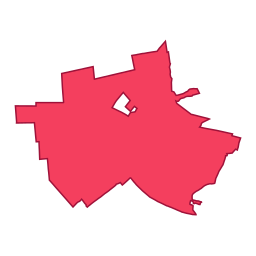 outline of Vinga, Arad, Romania
{"feature_id": "2599482B39713020379937", "entity_name": "Vinga", "entity_type": "district", "adm_level": 2, "iso_a3": "ROU", "parent_name": "Romania", "parent_adm1": "Arad", "projection": "orthographic", "projection_center": [21.198, 46.036], "detail": "fine", "context": "isolated", "style": "filled", "palette": "rose", "viewbox_px": 256, "rotation_deg": 0, "n_neighbors": 0, "source": "geoboundaries", "source_scale": "gbopen_adm2", "svg_char_len": 4997}
<svg xmlns="http://www.w3.org/2000/svg" viewBox="0 0 256 256"><path d="M84.8,203.4L85.2,203.8L86.0,204.6L86.1,204.8L86.1,205.1L86.1,205.3L86.1,205.7L86.1,205.8L86.2,206.0L86.4,206.3L87.3,207.1L88.5,206.0L90.1,204.8L91.4,203.7L92.8,202.6L94.4,201.4L96.5,199.9L98.2,198.6L99.5,197.7L100.7,196.9L102.3,195.6L102.9,195.1L103.8,194.4L104.6,193.7L106.1,192.7L107.8,191.5L109.5,190.2L109.8,189.9L110.1,189.6L110.4,189.4L110.7,189.2L111.5,188.6L112.1,188.1L113.9,186.7L115.8,185.1L116.0,184.5L116.1,184.3L116.5,184.1L117.3,183.9L118.9,183.3L120.3,182.5L121.2,183.7L122.3,185.0L122.8,184.6L124.3,183.3L127.4,180.5L129.2,178.8L130.0,178.0L130.7,177.9L130.9,178.2L131.5,178.9L132.7,180.4L133.8,181.8L135.0,183.1L136.3,184.7L137.4,185.8L138.8,187.2L140.9,189.2L142.2,190.5L143.3,191.5L144.5,192.5L146.5,194.2L148.4,195.8L149.6,196.9L149.7,197.0L151.2,197.8L155.4,200.1L157.2,201.2L157.7,201.5L160.6,202.8L162.5,203.7L164.9,204.9L166.7,205.8L167.9,206.1L170.0,207.0L171.0,207.3L172.8,208.1L175.2,209.1L177.4,210.1L180.6,211.4L182.2,212.2L182.3,212.2L182.7,212.2L184.4,212.7L186.7,213.3L188.3,213.6L191.3,214.2L192.4,214.5L195.8,214.7L196.0,214.7L196.0,214.4L195.4,213.4L194.9,212.7L193.7,211.1L193.0,210.2L192.8,209.6L192.9,208.2L193.0,207.0L193.1,206.0L193.0,205.6L192.9,205.4L192.5,205.2L191.9,205.0L191.3,204.7L190.5,204.6L190.0,204.3L189.8,204.0L189.8,203.7L190.0,203.2L190.0,202.7L190.2,202.1L190.5,201.0L190.6,200.6L190.9,200.5L191.3,200.5L191.7,200.9L192.1,201.2L192.6,201.4L193.1,201.8L193.3,202.3L193.4,202.5L193.3,203.0L193.4,203.3L193.8,203.5L194.3,203.6L194.6,203.4L194.9,203.2L195.5,203.2L196.6,203.5L197.5,203.8L198.4,204.2L198.8,204.4L199.5,204.5L200.0,204.5L200.1,204.1L200.3,203.6L200.3,203.2L200.6,202.8L200.8,202.6L201.3,202.3L201.5,202.2L201.4,201.9L200.8,201.8L200.1,201.6L199.3,201.3L198.5,201.0L197.8,200.9L196.9,201.0L196.3,200.8L195.8,200.7L195.2,200.5L194.7,200.3L194.0,200.3L193.2,200.1L192.8,199.8L192.3,199.2L192.1,198.5L192.1,197.7L192.1,196.8L192.1,195.9L192.3,195.1L192.5,194.5L193.0,193.9L193.5,193.4L194.2,192.8L194.6,192.5L195.4,191.9L196.5,191.1L197.3,190.8L198.2,190.3L199.3,189.6L200.0,189.1L201.2,188.4L202.7,187.1L204.1,186.0L204.7,185.6L207.0,184.5L208.9,184.0L210.0,183.7L211.2,183.9L212.2,183.8L213.0,183.7L214.4,183.4L214.8,183.1L215.1,181.7L215.6,179.4L215.6,179.2L215.8,178.4L215.9,178.2L216.6,176.7L217.6,174.5L217.9,173.8L218.1,173.4L218.5,172.3L219.0,171.2L220.5,168.8L222.1,166.1L222.9,164.9L223.0,164.7L223.4,163.5L224.2,161.0L224.8,159.3L225.4,157.2L225.5,156.6L225.6,156.0L225.6,155.7L226.4,155.8L226.8,155.7L227.1,155.6L227.1,155.4L227.1,155.0L227.1,154.8L227.2,154.6L227.2,154.3L227.1,153.9L226.9,153.6L228.5,153.5L231.1,153.2L232.2,153.0L232.3,153.0L232.5,152.7L233.0,152.1L235.6,149.2L237.3,150.0L237.5,149.2L238.2,147.1L238.9,143.0L240.6,138.0L231.9,135.7L232.5,133.9L229.2,133.2L223.0,131.8L216.6,130.4L205.1,128.3L199.6,127.1L200.5,125.9L201.0,125.3L201.4,123.5L201.9,123.0L202.6,122.4L204.0,121.7L209.4,119.0L209.2,118.9L207.5,118.4L201.1,116.8L192.1,114.5L191.6,114.5L190.9,114.2L190.2,113.6L177.0,103.6L176.5,102.8L176.0,101.1L176.5,101.4L178.3,101.2L178.8,100.8L179.8,99.4L180.8,98.6L182.2,98.2L183.5,97.9L184.3,97.6L185.7,96.7L187.6,96.3L189.4,96.3L190.9,96.2L192.1,96.0L192.6,95.2L199.4,93.3L198.1,90.6L197.1,88.7L196.9,88.7L196.3,88.8L194.6,88.7L193.5,88.6L192.1,88.8L190.3,89.0L190.0,89.0L188.6,90.0L187.6,91.4L186.5,91.7L183.3,93.6L177.6,95.2L176.1,95.4L174.0,92.0L171.7,91.1L171.6,89.3L171.4,82.4L171.9,78.7L170.7,77.1L170.1,74.2L170.2,73.5L170.4,72.1L170.1,69.9L169.4,67.2L169.7,66.0L170.4,63.7L169.9,62.9L168.9,55.6L168.4,52.2L168.4,51.9L168.2,51.9L167.1,52.3L165.9,44.4L165.4,41.3L162.7,44.4L160.1,47.4L159.5,48.0L157.1,51.3L151.6,52.1L151.2,52.2L148.0,52.7L145.2,53.2L144.1,53.4L142.7,53.5L140.0,54.0L138.6,54.3L137.8,54.4L136.1,54.8L133.3,55.2L131.8,55.5L131.9,55.9L132.3,57.9L132.8,60.4L133.3,63.0L133.9,65.9L134.7,69.7L94.7,79.1L94.4,79.1L93.1,66.6L61.7,73.5L62.4,87.1L62.8,92.5L63.6,102.3L63.5,102.5L63.3,102.6L63.0,102.6L61.3,102.6L36.0,102.6L36.0,105.9L36.0,106.0L15.4,105.9L16.6,121.8L16.5,123.0L22.1,122.9L27.1,122.8L27.5,122.8L29.8,122.8L34.4,122.7L34.8,126.8L35.3,132.0L35.7,136.6L36.0,139.4L36.2,141.8L36.7,141.8L38.4,141.7L38.7,141.7L39.0,141.7L39.2,146.8L39.4,151.0L39.7,159.3L44.0,158.9L47.4,158.6L47.9,163.6L48.3,168.9L48.8,173.3L49.4,180.2L49.9,180.7L53.2,184.4L55.0,186.5L56.4,188.1L60.8,193.1L61.7,194.1L65.3,198.2L73.0,207.0L77.1,202.7L77.6,202.3L77.9,202.1L78.4,201.8L78.8,201.7L79.2,201.5L79.6,201.2L80.0,201.0L80.4,200.6L81.1,199.9L81.6,199.2L82.5,200.1L83.1,201.1L83.3,201.3L84.8,203.4ZM125.4,106.7L130.4,111.3L132.4,108.8L134.4,106.4L135.7,107.4L137.0,108.4L136.4,109.4L135.2,111.7L134.6,111.9L133.1,112.2L130.5,112.5L128.2,116.2L126.4,115.0L124.5,113.9L121.4,112.2L118.0,110.6L113.1,108.2L112.1,107.7L113.2,105.8L114.7,103.2L115.9,101.3L116.8,100.1L118.4,98.2L120.6,95.5L122.6,93.2L123.3,92.4L123.7,92.9L129.0,99.1L130.2,100.5L129.2,101.8L125.4,106.7Z" fill="#f43f5e" stroke="#9f1239" stroke-width="1.5"/></svg>